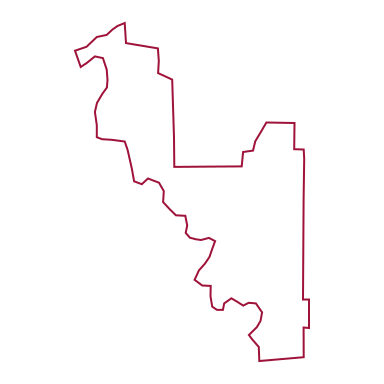 Travesseiro, Rio Grande do Sul, Brazil
{"feature_id": "56859067B26853179504026", "entity_name": "Travesseiro", "entity_type": "district", "adm_level": 2, "iso_a3": "BRA", "parent_name": "Brazil", "parent_adm1": "Rio Grande do Sul", "projection": "equal_earth", "projection_center": [-52.102, -29.282], "detail": "fine", "context": "isolated", "style": "outline", "palette": "rose", "viewbox_px": 384, "rotation_deg": 0, "n_neighbors": 0, "source": "geoboundaries", "source_scale": "gbopen_adm2", "svg_char_len": 1165}
<svg xmlns="http://www.w3.org/2000/svg" viewBox="0 0 384 384"><path d="M309.0,299.5L303.0,299.5L303.6,199.6L304.2,158.8L303.7,149.5L294.2,149.2L294.5,123.0L266.4,122.5L260.9,131.9L255.3,141.2L253.0,150.6L243.1,152.0L241.7,166.4L210.8,166.6L174.3,166.9L174.0,137.6L172.2,79.6L158.1,73.1L158.8,61.0L157.9,48.4L126.0,43.1L124.7,23.0L117.5,26.0L112.5,29.5L106.7,34.9L96.8,37.0L86.5,46.8L75.0,50.7L80.7,67.0L87.0,62.8L94.9,56.4L102.9,58.1L106.7,69.5L107.5,80.0L106.9,87.5L102.3,93.9L97.0,102.9L94.9,111.9L96.8,125.2L96.8,137.2L102.1,139.2L111.7,139.8L124.7,141.5L127.6,149.9L131.9,168.9L134.1,181.3L141.8,184.2L148.0,178.5L159.0,182.7L163.8,191.1L163.1,202.1L169.8,209.3L175.9,215.3L185.3,215.8L187.2,225.4L185.7,232.9L189.9,237.7L196.0,239.3L201.1,240.0L208.9,237.9L215.1,241.1L211.9,249.8L209.5,256.9L204.9,263.7L198.9,270.4L194.6,279.8L202.2,285.5L210.7,285.9L210.5,296.2L212.2,306.6L217.0,309.9L222.9,309.9L224.2,303.4L231.4,298.3L237.6,302.0L243.2,305.6L248.7,302.8L255.9,303.4L262.1,312.4L260.5,320.9L256.9,327.1L248.9,335.0L252.4,339.6L258.8,347.0L259.3,361.0L303.7,357.2L303.6,327.5L309.0,328.0L309.0,299.5Z" fill="none" stroke="#9f1239" stroke-width="2"/></svg>